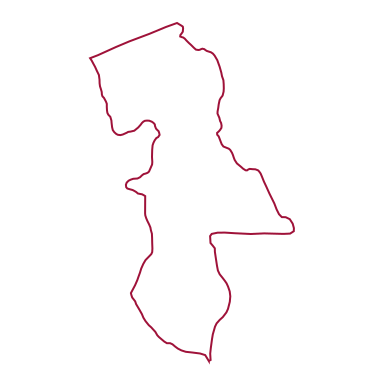 Lolo-Bouenguidi, Ogooué-Lolo, Gabon (Natural Earth projection)
{"feature_id": "22940354B13456808053161", "entity_name": "Lolo-Bouenguidi", "entity_type": "district", "adm_level": 2, "iso_a3": "GAB", "parent_name": "Gabon", "parent_adm1": "Ogooué-Lolo", "projection": "natural_earth1", "projection_center": [12.301, -1.15], "detail": "fine", "context": "isolated", "style": "outline", "palette": "rose", "viewbox_px": 384, "rotation_deg": 0, "n_neighbors": 0, "source": "geoboundaries", "source_scale": "gbopen_adm2", "svg_char_len": 3320}
<svg xmlns="http://www.w3.org/2000/svg" viewBox="0 0 384 384"><path d="M90.1,58.2L91.7,60.6L93.4,63.8L95.1,66.9L96.8,70.7L98.9,75.0L99.5,79.7L99.6,83.3L100.0,86.3L100.9,89.1L101.7,91.9L101.9,94.6L102.5,96.4L103.9,97.8L105.0,99.8L106.0,101.7L106.8,103.8L106.8,107.0L107.0,110.5L107.4,112.9L108.3,114.7L110.3,116.8L111.4,120.5L111.6,123.0L112.1,127.2L112.8,130.1L114.3,132.2L116.3,134.0L117.9,134.8L120.4,135.1L122.8,134.5L124.6,133.7L126.6,132.8L128.2,131.9L130.5,131.6L134.3,130.7L138.2,127.5L140.6,124.8L142.0,122.9L143.4,121.6L144.9,120.8L147.0,120.6L149.2,120.7L151.8,121.7L153.5,122.9L154.8,124.4L155.0,126.0L156.0,128.6L157.2,129.9L158.5,131.1L159.1,132.6L159.6,134.9L158.1,137.1L156.4,138.0L154.7,140.3L153.5,142.7L152.6,145.3L152.2,149.8L152.0,156.9L152.3,162.0L152.1,164.5L150.5,168.2L149.0,171.6L147.6,172.8L145.8,173.5L143.6,174.1L141.8,175.5L140.1,177.2L137.5,178.5L133.2,178.8L130.6,179.7L128.6,180.7L126.7,182.6L125.9,184.8L126.2,187.2L127.3,188.5L129.6,189.2L132.6,190.0L134.5,191.0L136.3,192.1L137.9,193.5L140.4,194.0L142.1,194.3L144.1,195.4L145.2,196.1L145.1,213.4L145.3,215.4L146.2,218.2L147.4,221.0L149.2,224.6L150.4,227.5L150.9,230.2L151.9,233.7L152.1,238.0L152.2,243.0L152.4,248.6L152.2,252.1L151.3,254.1L149.0,256.5L145.5,260.1L143.3,263.9L141.2,268.6L140.0,272.6L138.6,276.4L137.4,279.9L135.1,285.2L130.9,293.1L131.4,295.1L132.2,297.5L133.6,299.3L135.2,301.4L136.1,304.1L139.3,309.5L141.9,314.1L143.4,317.7L145.5,321.1L148.8,325.2L151.3,327.4L152.9,329.2L155.3,331.8L157.3,335.3L159.0,337.1L164.3,341.6L164.8,341.9L166.9,343.2L170.1,343.2L172.5,344.3L175.2,346.6L177.9,348.6L181.4,350.4L185.8,351.8L192.2,352.5L200.1,353.5L205.2,355.1L208.8,361.0L208.8,360.9L210.6,360.0L210.5,358.7L210.2,353.6L210.8,348.1L212.0,339.2L212.8,334.4L215.0,326.7L216.6,323.4L219.7,319.9L222.8,317.1L226.4,312.4L228.0,308.9L229.8,301.8L230.3,296.3L229.7,291.4L228.1,286.7L226.6,283.4L224.9,280.9L222.6,277.9L219.7,274.3L217.9,270.5L217.0,265.8L215.9,258.6L214.9,251.9L214.8,248.3L212.7,245.6L210.5,243.0L210.3,239.4L210.1,236.1L211.7,233.9L217.5,232.7L224.8,232.6L234.4,233.2L250.8,234.0L264.2,233.4L283.3,233.9L290.1,233.6L293.8,231.2L293.9,228.1L292.7,223.7L289.8,219.2L285.7,217.2L281.8,217.1L279.0,214.2L276.6,209.4L274.3,203.4L269.4,193.5L266.2,186.4L263.9,181.5L261.9,176.5L260.6,173.5L259.1,171.4L258.0,170.3L255.3,169.3L252.9,169.2L249.7,168.9L248.4,169.4L247.0,170.4L245.6,170.3L243.1,168.7L241.0,166.8L238.7,164.9L236.9,163.4L234.7,160.0L233.7,157.4L233.0,155.2L232.0,152.8L230.2,149.9L228.8,148.7L226.3,147.7L223.4,146.5L221.7,144.2L220.6,141.4L219.5,138.5L218.7,136.4L217.2,134.7L217.1,132.9L218.9,131.3L220.1,129.9L221.4,127.9L221.6,125.7L221.1,123.0L220.1,121.0L219.3,117.7L218.5,115.9L217.5,113.6L217.6,111.3L218.2,108.2L218.7,104.4L219.6,100.1L220.6,98.2L222.6,95.6L223.6,91.6L223.8,88.4L223.7,84.1L223.4,80.2L222.0,76.2L221.3,72.6L219.6,66.6L218.5,63.6L217.3,60.2L216.3,58.5L214.6,55.6L212.9,53.6L211.0,52.3L208.5,51.5L206.7,50.9L205.2,49.9L204.4,49.2L202.4,48.7L201.2,49.1L199.7,49.8L198.3,50.0L195.9,49.6L193.7,47.6L191.1,45.0L188.9,43.0L186.5,40.6L184.7,38.6L183.2,37.5L181.7,37.1L180.2,36.5L180.4,35.0L181.6,33.5L182.8,31.7L183.1,28.3L182.8,26.6L181.2,25.5L179.0,24.2L177.0,23.0L165.9,27.0L149.5,33.8L129.3,41.4L116.0,47.0L97.9,55.2L90.1,58.2Z" fill="none" stroke="#9f1239" stroke-width="2"/></svg>